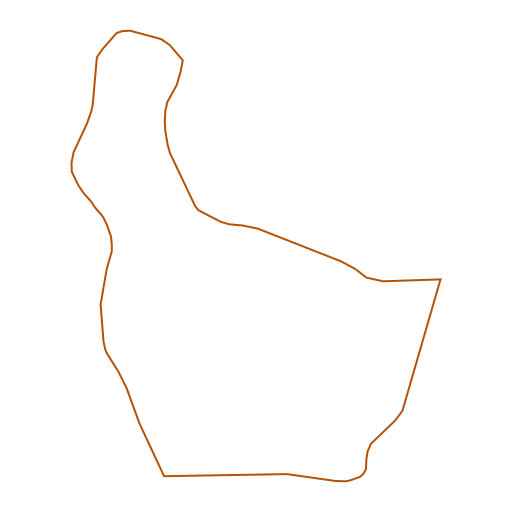 Nonthaburi, Mercator projection
{"feature_id": "THA-417", "entity_name": "Nonthaburi", "entity_type": "Province", "adm_level": 1, "iso_a3": "THA", "parent_name": "Thailand", "parent_adm1": "", "projection": "mercator", "projection_center": [100.359, 13.966], "detail": "fine", "context": "isolated", "style": "outline", "palette": "amber", "viewbox_px": 512, "rotation_deg": 0, "n_neighbors": 0, "source": "natural_earth", "source_scale": "10m", "svg_char_len": 895}
<svg xmlns="http://www.w3.org/2000/svg" viewBox="0 0 512 512"><path d="M130.1,30.7L161.1,39.1L169.8,45.1L182.8,60.4L180.5,72.1L176.8,84.8L167.4,101.9L165.4,110.4L164.8,120.3L165.2,130.2L167.6,144.6L169.8,152.7L195.2,206.2L198.5,210.3L220.9,221.9L229.3,224.3L242.6,225.5L257.7,228.6L341.6,261.6L355.7,269.3L366.4,277.6L383.1,281.3L440.5,279.4L402.4,410.9L395.3,420.4L371.0,443.7L367.6,451.4L366.4,458.8L366.0,469.0L363.4,473.9L359.7,477.0L350.7,480.2L346.0,481.3L335.6,481.0L286.9,474.1L164.1,476.2L139.4,423.3L126.7,388.4L118.7,372.2L107.1,353.6L105.2,349.4L103.5,341.6L100.6,304.4L106.8,268.6L111.8,251.4L111.8,244.4L111.0,236.4L106.4,223.7L103.1,217.1L99.8,212.9L96.9,209.8L93.9,205.9L91.7,202.3L83.2,192.6L78.4,185.4L71.8,171.9L71.5,162.7L73.6,152.3L86.9,123.8L91.1,111.9L92.7,104.8L96.9,57.1L102.6,49.0L116.7,33.0L122.4,31.1L130.1,30.7Z" fill="none" stroke="#b45309" stroke-width="2"/></svg>